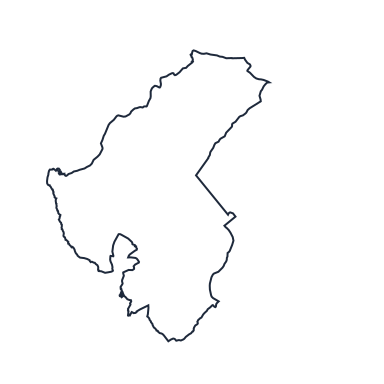 Tuek Chhou, Kâmpôt, Cambodia, rotated 51°
{"feature_id": "14789045B84051189014149", "entity_name": "Tuek Chhou", "entity_type": "district", "adm_level": 2, "iso_a3": "KHM", "parent_name": "Cambodia", "parent_adm1": "Kâmpôt", "projection": "robinson", "projection_center": [104.095, 10.787], "detail": "fine", "context": "isolated", "style": "outline", "palette": "slate", "viewbox_px": 384, "rotation_deg": 51, "n_neighbors": 0, "source": "geoboundaries", "source_scale": "gbopen_adm2", "svg_char_len": 6001}
<svg xmlns="http://www.w3.org/2000/svg" viewBox="0 0 384 384"><g transform="rotate(51 192 192)"><path d="M155.4,63.0L154.0,63.5L150.0,65.8L147.9,67.5L146.5,69.0L144.2,70.6L141.5,71.4L135.7,71.9L132.9,72.8L132.4,72.5L132.1,71.6L131.3,67.6L130.6,67.0L129.3,66.7L126.5,67.7L122.5,67.5L120.6,67.0L119.4,68.8L113.3,76.7L113.0,76.7L109.6,81.2L106.2,83.2L104.2,85.2L101.6,86.6L96.8,91.1L93.4,93.4L92.2,95.6L90.8,97.3L89.1,98.4L84.8,100.4L83.0,101.6L82.8,102.7L83.7,104.1L84.9,105.5L84.3,106.4L84.4,106.7L85.6,107.0L86.4,106.9L86.9,107.4L88.1,107.3L89.9,108.2L90.3,109.0L91.2,109.1L91.3,109.5L90.9,110.3L91.5,110.5L91.4,116.0L91.8,118.4L90.2,121.3L91.1,126.3L91.0,130.4L90.5,131.7L89.4,132.0L88.1,131.7L87.5,132.1L87.0,133.1L86.3,136.1L86.1,139.0L83.8,144.1L84.1,145.1L85.5,146.5L88.4,148.1L89.3,148.9L90.3,150.4L90.5,151.3L90.1,151.7L87.7,152.7L86.5,153.6L86.0,154.2L86.1,157.4L86.7,158.9L87.9,160.9L91.6,163.8L92.9,165.2L94.1,168.2L96.8,172.9L96.9,173.5L95.9,174.6L95.3,175.6L95.3,177.1L93.5,178.7L93.0,179.6L92.2,181.9L91.1,183.8L91.0,185.6L91.2,188.7L91.9,190.0L92.3,191.7L91.5,196.1L90.4,197.8L86.1,201.0L85.7,202.0L85.7,203.2L86.7,207.3L86.8,212.4L87.4,214.6L92.0,223.0L92.8,225.2L95.3,229.0L96.9,232.2L100.8,233.5L101.6,233.9L102.3,234.6L104.7,240.1L105.1,243.2L105.1,248.2L106.9,252.0L107.2,254.6L106.4,257.9L106.1,260.7L104.0,265.4L103.3,267.8L101.7,270.9L101.5,273.6L100.3,276.7L100.5,278.3L100.2,279.8L99.3,280.2L98.2,279.9L97.4,280.6L97.2,280.1L96.5,281.1L96.5,281.8L96.2,282.1L95.4,281.7L95.3,282.2L95.8,282.5L95.3,283.7L94.8,283.9L94.2,283.8L94.5,283.1L93.8,281.2L93.3,281.1L92.6,281.5L92.4,282.4L92.5,282.9L92.2,283.0L91.8,282.8L91.9,281.9L91.5,280.8L90.0,280.8L89.2,281.7L89.1,282.3L89.4,282.7L89.7,282.5L89.9,283.0L89.6,283.9L89.8,284.4L87.7,284.7L86.6,285.2L86.5,285.7L86.8,286.0L86.6,286.5L85.1,288.4L85.7,290.0L87.3,292.0L88.2,292.8L89.6,295.0L92.3,297.8L94.1,299.1L95.6,299.4L96.6,299.0L97.2,298.4L97.6,298.7L98.7,298.5L101.4,299.0L101.9,299.0L102.1,298.8L102.6,299.1L103.1,298.9L103.4,299.2L104.6,299.5L104.8,299.6L104.8,299.9L105.5,300.2L105.6,300.5L106.2,300.8L109.0,301.5L109.6,302.1L111.0,301.9L111.6,301.5L112.0,302.4L113.1,303.5L115.3,304.8L115.8,304.7L116.5,305.4L117.8,306.0L118.4,306.9L119.3,307.5L120.9,307.8L121.7,308.4L122.5,308.1L124.3,309.2L125.7,309.2L127.0,308.7L127.7,309.5L127.8,310.2L128.2,310.4L129.4,311.9L129.6,312.8L132.1,313.3L133.5,313.1L134.9,313.9L135.4,313.7L136.8,314.8L137.7,315.9L138.5,316.1L138.9,316.6L139.6,316.3L141.0,316.9L142.2,317.0L143.5,317.7L145.2,319.5L146.0,319.7L147.3,319.3L149.5,320.3L149.6,320.0L150.7,319.8L152.2,319.6L152.9,319.9L153.1,319.7L154.2,320.7L154.9,320.2L156.1,320.5L157.8,320.2L159.3,320.4L159.5,320.2L159.5,319.4L160.8,319.2L162.8,319.5L164.0,320.1L166.0,320.7L167.4,320.8L168.3,320.6L169.3,321.0L170.6,320.8L172.5,320.3L175.5,317.4L178.1,315.6L180.6,314.5L181.4,314.9L182.8,314.8L182.9,314.1L183.3,313.6L185.1,312.8L185.8,312.1L187.4,312.1L189.3,311.6L190.8,311.9L191.7,312.4L193.4,314.0L194.0,314.1L194.4,313.8L194.8,314.2L196.5,312.4L200.1,310.4L201.6,307.8L203.1,305.0L203.5,303.6L203.4,303.0L201.4,302.2L200.4,301.1L198.1,299.9L194.7,299.0L193.1,298.2L190.6,295.9L190.4,295.5L192.4,293.6L192.2,293.3L188.2,291.4L183.9,286.9L181.8,283.5L178.6,275.6L179.4,274.5L180.5,273.9L188.0,270.9L192.9,270.2L193.9,270.4L195.0,271.1L195.7,270.9L197.3,269.8L197.8,269.8L198.3,270.5L199.2,269.7L200.0,270.3L201.5,270.5L202.1,271.3L201.7,273.5L201.4,279.6L201.7,281.1L202.7,282.8L204.2,280.8L207.7,277.4L209.0,276.9L210.7,276.9L213.0,277.2L213.4,277.8L212.6,281.9L213.0,284.1L214.3,284.6L215.3,285.4L215.3,286.6L215.1,287.6L212.7,290.3L211.2,296.0L211.5,296.4L214.2,297.7L216.6,301.9L217.6,302.7L219.3,303.4L219.8,304.1L220.8,307.2L222.6,308.5L223.2,308.5L223.2,308.1L224.5,308.7L225.9,308.9L227.8,309.6L230.4,310.2L231.5,309.8L234.7,309.7L237.2,308.2L237.5,307.6L238.6,307.9L239.3,309.2L239.5,310.2L240.8,310.7L242.6,315.3L243.0,315.4L243.6,316.2L244.5,316.3L244.5,316.6L245.7,317.4L247.6,319.4L248.0,319.4L248.1,319.1L247.6,318.1L247.8,317.8L248.2,317.9L248.3,318.2L248.8,318.0L247.4,314.6L247.8,314.5L248.0,314.0L249.3,313.7L250.3,312.2L250.5,310.8L250.0,310.3L250.5,306.5L252.6,297.3L254.7,298.8L259.2,303.2L260.6,305.1L261.8,304.8L263.4,304.8L264.7,305.4L266.7,305.4L267.3,305.8L269.7,305.8L270.5,306.3L273.3,306.9L274.8,306.5L276.2,306.5L277.4,306.8L277.9,306.2L278.5,306.0L278.9,306.3L281.3,305.9L282.7,304.8L283.8,304.3L285.6,304.1L293.1,304.3L293.4,301.2L294.0,299.0L294.4,298.5L295.2,298.0L296.2,297.8L297.4,297.9L297.8,297.6L298.5,295.9L299.2,295.0L300.4,294.1L301.1,291.6L301.2,290.4L300.7,288.0L300.8,283.8L301.2,281.6L300.7,279.3L301.0,279.0L300.8,278.3L300.5,277.6L299.3,276.7L298.6,275.6L297.8,273.5L298.1,271.0L297.6,270.0L296.2,269.5L295.3,267.4L295.4,266.4L295.2,265.5L295.5,263.7L294.2,260.3L293.9,258.4L293.7,255.2L293.0,253.6L293.1,250.5L292.8,247.7L293.0,247.0L295.2,246.8L296.1,246.4L296.1,245.6L294.3,243.6L294.0,242.4L293.8,240.1L287.7,242.4L285.7,242.6L284.2,242.1L279.1,239.5L276.0,237.2L274.4,235.7L270.5,230.5L269.3,227.7L269.2,226.2L270.6,221.7L270.0,215.9L269.4,213.9L268.3,212.0L267.5,209.2L266.6,207.7L265.1,206.3L264.5,205.1L261.8,202.7L261.8,200.9L261.5,199.7L258.4,194.1L255.9,190.4L252.6,188.7L247.8,187.7L244.6,187.4L241.5,187.7L240.8,188.0L238.6,188.0L238.5,173.7L234.4,173.6L231.8,175.2L231.6,176.1L231.7,177.1L232.3,178.3L181.6,178.4L175.9,157.9L175.5,157.7L174.5,154.9L172.9,153.1L172.4,152.3L171.1,147.8L169.4,144.8L168.8,143.1L169.6,139.7L168.8,137.7L168.5,136.4L169.3,131.5L167.4,128.1L166.4,120.1L166.0,119.4L164.7,118.3L164.3,117.5L164.8,114.0L163.4,108.1L163.5,106.7L164.5,104.2L164.6,101.2L164.5,99.9L163.3,97.1L163.2,94.5L164.8,81.5L163.3,80.5L159.7,79.0L157.0,75.1L156.6,73.2L155.0,69.8L154.5,67.5L154.2,64.8L155.4,63.0ZM229.1,311.1L228.2,310.5L226.5,310.0L225.5,309.9L225.3,310.1L226.6,312.3L226.7,313.2L227.5,313.6L228.1,313.3L227.6,311.7L228.0,311.3L228.0,311.6L228.7,312.0L228.7,312.3L229.5,312.6L229.5,311.8L229.1,311.1Z" fill="none" stroke="#1e293b" stroke-width="2"/></g></svg>